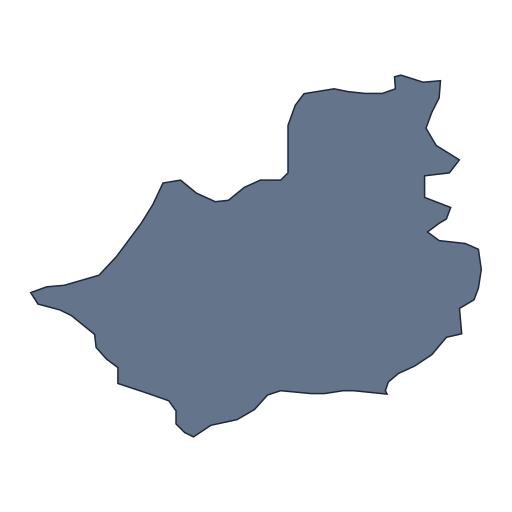 Pyeongtaek-si, Gyeonggi, South Korea (Natural Earth projection)
{"feature_id": "91817680B85680883794904", "entity_name": "Pyeongtaek-si", "entity_type": "district", "adm_level": 2, "iso_a3": "KOR", "parent_name": "South Korea", "parent_adm1": "Gyeonggi", "projection": "natural_earth1", "projection_center": [127.012, 37.017], "detail": "fine", "context": "isolated", "style": "filled", "palette": "slate", "viewbox_px": 512, "rotation_deg": 0, "n_neighbors": 0, "source": "geoboundaries", "source_scale": "gbopen_adm2", "svg_char_len": 1072}
<svg xmlns="http://www.w3.org/2000/svg" viewBox="0 0 512 512"><path d="M461.7,333.8L459.5,308.4L474.0,299.8L478.4,288.2L481.3,269.5L478.4,249.3L465.3,243.5L439.1,240.6L427.5,232.0L439.1,223.3L446.4,219.0L450.7,207.5L424.6,197.4L424.6,175.8L449.3,172.9L459.4,159.9L436.2,145.5L426.0,128.2L431.8,112.4L439.1,98.0L440.5,80.7L423.1,82.2L400.9,75.1L394.5,76.8L395.4,88.8L382.4,93.4L364.7,93.4L348.0,91.6L334.1,88.8L304.0,93.7L295.3,105.2L288.0,125.4L288.0,155.6L288.0,172.9L280.7,180.1L260.4,180.1L244.4,187.3L228.4,200.3L215.3,201.7L196.4,193.1L180.5,180.1L163.0,183.0L152.8,204.6L141.2,223.3L116.5,256.5L99.0,275.2L64.2,285.3L46.7,286.8L30.7,292.6L38.0,304.1L59.8,309.9L71.4,315.6L94.6,334.4L96.1,347.4L106.3,358.9L117.9,367.6L117.9,383.5L148.4,393.6L168.8,400.8L176.0,410.9L176.0,423.9L184.7,432.6L193.5,436.9L210.9,425.3L237.1,419.6L254.5,409.5L267.6,395.0L280.7,390.7L311.2,393.6L324.3,393.6L343.2,390.7L353.4,390.7L387.1,394.1L385.4,390.7L388.3,382.0L398.5,373.4L414.5,366.1L431.9,354.6L446.4,337.3L461.7,333.8Z" fill="#64748b" stroke="#1e293b" stroke-width="1.5"/></svg>